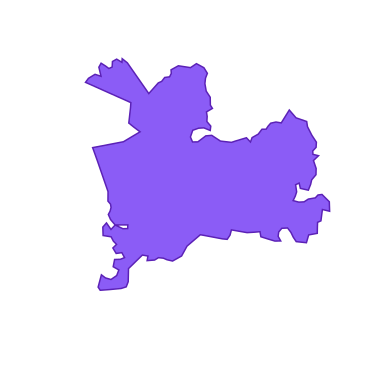 outline of Constantina, Rio Grande do Sul, Brazil, rotated 289°
{"feature_id": "56859067B19051773573011", "entity_name": "Constantina", "entity_type": "district", "adm_level": 2, "iso_a3": "BRA", "parent_name": "Brazil", "parent_adm1": "Rio Grande do Sul", "projection": "robinson", "projection_center": [-52.994, -27.69], "detail": "fine", "context": "isolated", "style": "filled", "palette": "violet", "viewbox_px": 384, "rotation_deg": 289, "n_neighbors": 0, "source": "geoboundaries", "source_scale": "gbopen_adm2", "svg_char_len": 2229}
<svg xmlns="http://www.w3.org/2000/svg" viewBox="0 0 384 384"><g transform="rotate(289 192 192)"><path d="M69.2,137.2L72.9,145.8L77.7,156.4L80.9,160.7L86.4,160.9L98.9,156.9L116.2,165.6L117.1,171.2L112.5,171.9L115.5,178.8L119.0,181.7L120.1,186.5L119.8,190.4L120.4,196.1L128.1,203.0L139.2,204.9L154.3,213.8L154.9,217.6L157.6,236.1L158.7,240.7L163.6,242.0L169.0,241.6L171.5,257.3L174.4,264.3L176.6,269.2L172.1,271.7L172.3,279.4L172.6,286.4L174.6,291.8L178.1,287.9L182.4,287.0L186.9,288.7L189.1,294.1L186.0,298.7L182.2,302.5L179.0,306.7L181.3,316.7L189.4,316.3L193.7,323.9L199.6,322.0L204.2,320.6L206.7,323.3L217.9,321.0L218.6,328.4L227.5,325.0L232.0,315.7L230.2,312.1L226.6,310.5L223.2,304.3L219.2,301.2L217.2,296.3L216.8,290.4L221.8,291.0L226.2,290.9L232.6,287.6L235.3,290.4L230.7,293.3L231.6,301.4L237.8,301.7L242.5,301.2L248.7,303.6L254.7,301.7L261.3,296.6L267.5,299.8L267.0,294.1L270.1,292.8L274.6,294.8L279.6,293.4L284.7,286.8L291.4,279.9L296.0,277.5L296.0,266.2L301.2,257.3L286.4,253.9L285.5,248.6L282.7,244.0L279.0,242.5L275.5,241.6L274.1,237.7L268.3,235.8L263.0,231.1L258.3,231.0L261.0,225.8L254.2,216.3L251.8,213.2L249.4,202.3L252.0,192.2L249.6,186.8L241.3,181.2L239.5,176.2L243.5,172.6L250.6,172.6L254.5,177.5L256.5,182.3L256.1,189.2L260.4,188.3L263.5,183.1L268.5,181.7L272.4,179.6L277.7,184.1L280.1,181.1L287.5,178.4L292.0,172.6L298.7,168.9L304.1,167.7L309.2,167.9L313.4,162.8L314.8,154.4L309.1,150.1L306.9,138.0L300.7,132.4L297.4,133.8L293.6,133.3L291.4,128.9L286.7,127.3L284.2,124.6L271.0,119.1L293.1,88.8L295.3,82.6L291.8,83.5L293.1,77.5L289.5,74.3L284.2,75.8L281.7,73.2L283.0,69.2L284.2,64.1L279.7,63.3L271.8,68.3L271.7,62.0L265.8,57.1L261.0,55.6L256.6,105.1L251.8,106.4L236.6,109.8L234.4,115.9L232.0,123.3L217.2,110.8L201.6,83.6L198.9,85.8L190.9,92.2L165.0,112.5L156.0,115.5L154.0,118.9L151.0,120.5L147.2,120.8L143.5,120.2L139.4,124.0L135.8,130.1L130.2,127.6L134.9,121.2L129.8,119.1L121.9,122.1L123.3,130.1L119.9,133.7L117.9,137.7L113.3,135.4L109.2,140.3L111.8,145.4L108.0,149.6L105.0,146.1L103.0,140.8L95.7,141.8L94.5,148.2L88.5,148.0L82.9,143.9L82.6,138.1L84.2,133.3L71.5,134.2L69.2,137.2ZM135.8,130.1L140.0,142.0L136.5,143.1L134.8,138.6L135.8,130.1Z" fill="#8b5cf6" stroke="#5b21b6" stroke-width="1.5"/></g></svg>